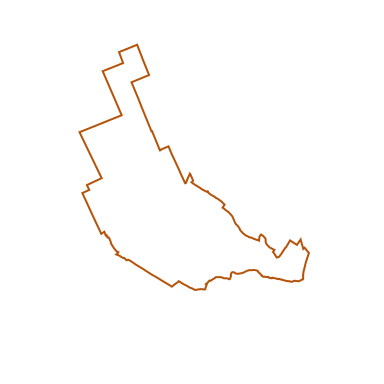 Vacareni, Tulcea, Romania (Mercator projection), rotated 303°
{"feature_id": "2599482B63018442913889", "entity_name": "Vacareni", "entity_type": "district", "adm_level": 2, "iso_a3": "ROU", "parent_name": "Romania", "parent_adm1": "Tulcea", "projection": "mercator", "projection_center": [28.218, 45.314], "detail": "fine", "context": "isolated", "style": "outline", "palette": "amber", "viewbox_px": 384, "rotation_deg": 303, "n_neighbors": 0, "source": "geoboundaries", "source_scale": "gbopen_adm2", "svg_char_len": 5880}
<svg xmlns="http://www.w3.org/2000/svg" viewBox="0 0 384 384"><g transform="rotate(303 192 192)"><path d="M180.9,65.1L154.4,108.7L140.6,100.1L137.8,104.7L131.4,100.6L126.3,108.7L121.4,116.4L119.0,120.2L113.0,129.8L110.2,134.4L107.5,138.7L110.9,140.1L109.1,142.6L108.5,143.4L109.3,144.0L107.8,145.9L108.6,146.8L108.1,147.5L107.9,148.0L107.8,148.3L107.2,149.1L107.0,149.5L106.5,150.2L106.0,150.9L105.7,151.3L105.3,151.6L104.9,151.8L103.4,154.9L102.2,157.5L101.1,161.2L101.5,163.0L101.3,163.1L100.1,163.0L98.4,162.5L99.1,166.2L99.0,169.7L99.8,171.1L99.5,172.4L99.1,174.0L99.3,174.6L100.2,175.2L100.6,176.1L100.7,179.7L100.5,184.5L100.6,186.8L100.8,192.1L100.8,194.1L100.7,195.9L100.8,197.4L100.8,198.8L100.8,200.2L100.8,201.2L100.8,202.4L100.9,205.0L101.1,206.9L101.1,208.7L101.2,210.0L101.3,214.9L101.5,220.4L101.7,224.6L101.6,226.6L103.7,227.3L105.6,227.9L107.3,228.7L109.5,229.5L110.0,229.5L110.1,235.0L110.5,238.9L110.7,242.9L111.2,244.4L111.2,244.9L111.4,246.7L111.4,247.1L111.4,247.5L111.5,247.9L112.3,248.8L113.9,250.6L115.0,251.8L116.1,253.6L116.3,254.0L116.6,254.6L116.8,255.3L117.0,255.6L117.8,256.1L119.1,255.5L122.3,254.8L122.3,253.8L124.7,254.6L126.0,254.6L127.3,255.0L127.3,255.7L131.9,257.8L133.7,258.5L135.9,261.9L136.3,262.8L136.7,263.7L136.8,263.9L136.9,265.0L137.0,265.6L137.1,266.0L137.3,266.3L137.6,266.8L137.9,267.1L138.2,267.4L138.4,267.8L138.6,268.1L138.7,268.5L138.9,269.5L139.0,270.4L139.1,270.7L139.2,270.9L139.4,271.0L139.7,271.1L139.9,271.1L140.3,271.1L141.5,270.7L142.1,270.6L142.6,270.5L142.9,270.3L143.1,270.2L143.5,269.8L143.9,269.5L144.1,269.4L145.2,269.2L145.6,269.2L146.1,269.3L146.5,269.4L146.7,269.5L146.8,269.6L147.0,269.9L147.2,270.3L147.4,270.8L147.5,271.2L147.5,271.9L147.4,272.3L147.5,272.7L147.6,273.4L147.8,273.9L148.0,274.2L148.4,275.0L148.8,275.5L149.4,276.2L150.0,276.8L150.7,277.6L151.1,278.0L152.1,278.8L152.4,279.0L155.1,280.6L155.9,281.1L156.2,281.3L156.6,281.7L156.9,282.0L157.2,282.2L157.6,282.5L157.9,283.0L158.4,283.9L158.6,284.3L158.9,284.6L159.4,285.1L160.1,286.1L161.0,287.8L161.4,288.8L161.5,290.1L161.5,290.8L161.0,291.1L160.8,291.8L160.7,292.8L160.7,293.3L160.7,293.7L160.4,294.1L160.3,294.4L160.1,295.9L160.0,296.1L159.7,296.2L159.6,296.5L159.8,297.1L159.8,297.3L159.7,297.6L159.7,297.8L159.8,298.1L160.2,298.6L160.4,298.8L160.6,299.4L160.7,299.6L160.9,299.8L161.0,300.0L161.2,300.6L161.3,300.8L161.4,301.0L161.6,301.2L161.7,301.5L161.8,301.8L162.1,302.1L162.2,302.3L162.3,302.5L162.2,302.8L162.3,303.0L162.0,303.5L162.0,303.8L162.5,304.6L162.7,304.9L162.9,305.1L163.0,305.3L163.0,305.6L163.0,305.8L163.2,306.0L163.4,306.1L163.9,306.1L164.0,306.2L164.1,306.3L164.2,306.5L164.2,307.0L164.3,307.4L164.5,307.8L164.7,308.2L165.3,309.7L165.3,310.1L165.4,310.5L165.6,310.7L165.7,310.9L165.8,311.2L165.8,311.4L165.8,311.7L166.3,312.1L166.5,312.3L166.6,312.5L166.7,313.0L166.8,313.5L166.9,313.8L167.2,314.2L167.3,314.4L167.3,315.1L167.4,315.4L167.6,315.6L167.7,315.8L167.7,316.4L167.8,316.6L168.2,317.4L168.3,317.8L168.4,318.2L168.4,318.6L168.6,318.9L169.2,320.4L169.4,321.0L169.6,321.4L169.8,321.8L170.1,322.1L170.3,322.3L170.3,322.7L170.4,322.9L170.5,323.2L170.6,323.6L170.6,323.8L170.7,324.1L170.9,324.3L171.1,324.6L171.2,324.8L171.5,324.9L171.7,325.0L171.9,325.2L172.2,325.5L172.7,325.8L173.1,326.1L173.4,326.2L173.5,326.4L173.7,327.1L174.0,327.6L174.2,327.9L174.4,328.1L174.5,328.3L174.6,328.8L174.7,329.1L174.8,329.3L175.1,329.7L175.6,330.5L175.9,330.7L176.1,330.8L176.3,330.9L176.6,330.9L176.7,331.0L176.9,331.2L177.3,331.4L177.7,331.6L178.7,332.1L178.8,332.2L179.0,332.6L179.4,332.6L179.6,332.4L179.9,332.3L180.5,331.9L181.5,331.5L181.7,331.2L182.1,330.8L182.3,330.6L182.5,330.4L182.9,330.4L183.3,330.3L183.7,330.0L184.3,329.8L184.5,329.7L184.8,329.5L185.0,329.3L185.5,329.1L186.1,328.9L187.9,328.3L194.9,325.8L204.5,323.3L206.6,316.8L204.9,316.4L206.5,314.5L210.7,309.6L211.3,309.0L204.8,308.8L204.8,300.6L200.9,300.8L198.8,300.9L196.6,301.0L195.8,300.6L187.9,300.6L185.0,300.3L184.9,300.2L184.3,299.6L183.2,298.8L184.3,296.3L185.3,294.1L185.8,292.6L188.3,292.7L187.8,287.1L188.7,283.6L188.7,283.0L189.4,282.2L190.1,281.1L190.8,280.5L191.2,280.4L192.1,279.7L192.5,279.5L193.2,278.5L193.9,275.5L193.9,274.2L193.9,273.9L194.0,273.1L192.6,272.9L191.4,273.0L190.6,273.2L187.8,274.7L187.8,274.2L187.6,273.9L187.4,273.0L187.0,272.1L186.6,269.9L186.3,268.8L186.2,268.0L186.1,266.5L185.2,264.9L185.3,263.8L185.0,261.8L184.9,260.5L185.0,258.2L185.9,254.3L186.4,252.8L187.1,252.1L187.4,251.7L188.4,249.0L188.7,247.7L189.1,245.7L190.6,243.5L193.4,239.4L193.9,238.0L194.4,236.1L194.7,235.1L195.0,234.0L195.1,232.2L195.1,230.5L195.5,227.9L195.5,227.6L195.6,226.8L195.5,226.2L196.0,226.2L196.6,226.2L199.2,226.2L199.3,225.8L199.5,224.8L199.8,223.1L200.1,221.8L200.2,219.5L200.3,217.9L200.3,217.1L200.2,215.9L200.1,215.6L200.0,215.2L200.2,214.6L200.2,214.2L200.2,213.9L200.4,212.8L200.3,212.6L200.1,212.4L200.1,211.6L200.1,210.3L200.0,209.6L200.0,208.6L200.1,207.7L200.1,207.3L200.3,206.5L200.5,205.9L200.7,205.6L201.1,205.2L201.1,204.9L200.4,204.9L200.3,204.7L200.3,204.3L199.9,201.4L199.9,200.8L199.8,199.9L199.7,198.5L199.7,197.6L199.9,197.1L199.9,196.8L199.8,196.4L199.8,195.1L199.8,194.2L199.8,193.1L199.7,192.1L199.7,190.8L199.7,189.6L199.8,189.3L199.7,188.7L199.7,188.1L199.8,187.5L199.9,186.3L200.1,186.4L200.9,186.6L201.5,186.8L201.9,186.8L202.1,186.7L202.5,186.1L202.8,185.8L205.0,182.4L206.1,180.7L206.2,180.2L204.8,180.5L202.4,180.8L198.0,181.6L195.4,182.1L195.2,182.3L195.9,181.0L200.2,174.2L204.1,168.2L206.8,163.9L208.0,162.0L210.3,158.3L211.1,157.0L212.7,154.4L216.3,149.2L217.0,148.2L217.5,147.4L211.5,143.4L209.9,142.4L209.7,142.7L209.4,142.4L214.6,135.0L217.9,130.2L221.3,125.4L220.8,125.0L235.8,103.5L240.6,96.8L251.1,81.5L263.7,90.2L266.6,92.3L267.0,91.9L276.7,78.0L279.6,74.2L280.1,73.4L285.6,65.8L269.6,54.6L262.6,64.0L244.7,51.3L218.1,91.2L180.9,65.1Z" fill="none" stroke="#b45309" stroke-width="2"/></g></svg>